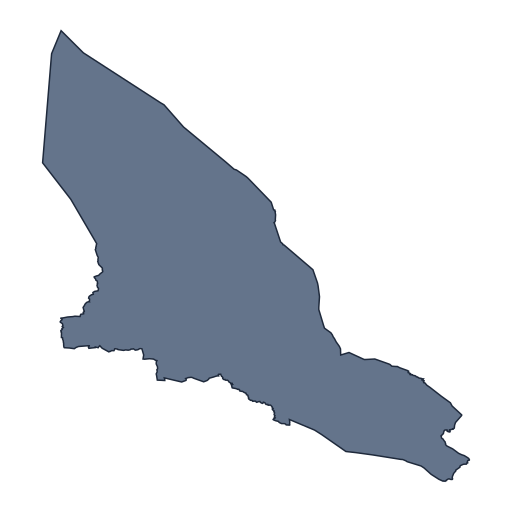 the district of Løten nor, Hedmark, Norway
{"feature_id": "86288312B76423456121539", "entity_name": "Løten nor", "entity_type": "district", "adm_level": 2, "iso_a3": "NOR", "parent_name": "Norway", "parent_adm1": "Hedmark", "projection": "equal_earth", "projection_center": [11.462, 60.865], "detail": "fine", "context": "isolated", "style": "filled", "palette": "slate", "viewbox_px": 512, "rotation_deg": 0, "n_neighbors": 0, "source": "geoboundaries", "source_scale": "gbopen_adm2", "svg_char_len": 5942}
<svg xmlns="http://www.w3.org/2000/svg" viewBox="0 0 512 512"><path d="M160.4,102.7L83.3,52.8L61.1,30.7L51.6,53.7L42.6,162.8L70.8,199.3L96.6,243.5L96.7,243.8L96.2,245.3L96.3,246.1L95.8,247.1L95.8,248.5L95.3,249.6L97.2,255.5L98.2,257.3L98.3,258.0L97.9,259.1L98.1,260.5L97.7,261.3L98.1,262.3L98.1,262.9L98.5,263.4L98.8,264.6L102.2,267.9L102.3,268.6L102.5,269.0L102.2,269.9L102.8,271.1L102.6,271.9L100.0,273.9L98.6,275.4L96.6,275.9L94.2,276.8L94.2,277.3L94.5,277.8L95.5,278.8L95.8,280.0L96.1,280.4L97.0,280.8L97.4,281.7L97.5,282.8L97.3,283.2L97.6,283.5L97.0,285.4L97.6,287.5L98.3,288.0L98.5,288.5L98.3,289.8L98.0,290.8L94.6,291.4L92.9,292.5L93.3,294.3L91.4,294.8L89.4,296.2L88.8,297.1L88.6,298.2L89.6,299.1L89.5,300.5L89.2,301.1L89.5,301.8L88.2,301.8L86.7,302.4L85.2,303.9L84.1,306.0L83.1,307.4L83.9,310.4L84.2,310.7L84.3,311.5L83.5,312.0L83.2,312.4L83.6,313.1L83.6,313.8L80.8,314.3L80.4,315.1L80.1,316.5L74.9,316.2L72.8,316.6L67.6,317.0L63.1,317.9L60.3,318.2L61.2,318.4L62.1,319.2L61.8,320.0L61.1,320.4L60.2,321.7L60.3,322.2L62.4,323.6L62.9,325.5L62.2,326.4L63.4,327.4L62.9,327.9L62.0,328.4L61.9,328.8L62.2,329.5L60.9,330.5L60.8,331.0L61.3,331.6L61.2,332.4L61.5,332.6L61.4,337.5L62.5,337.7L62.7,339.4L63.3,340.9L63.3,342.0L63.6,343.0L63.7,345.9L64.0,347.3L64.3,347.7L69.4,348.0L74.3,348.7L76.0,347.5L78.5,346.5L88.5,345.7L89.9,345.8L88.9,346.1L88.5,346.7L88.4,347.1L88.9,348.3L95.3,347.6L95.3,347.0L98.2,347.7L98.8,346.7L99.8,345.7L102.1,348.2L108.9,351.9L109.5,351.5L110.4,351.4L111.6,350.6L113.9,350.7L114.5,349.7L114.6,348.9L115.3,348.7L117.7,349.2L117.8,349.5L118.0,349.6L123.6,350.4L125.6,349.9L128.3,350.2L130.1,349.8L131.0,349.1L132.3,349.1L133.4,348.8L135.2,350.1L135.7,350.1L137.5,349.8L138.6,349.4L139.4,348.7L140.7,348.6L141.9,348.8L143.7,355.0L143.0,359.0L144.5,359.2L149.5,358.7L153.6,359.1L155.7,360.4L156.9,360.6L156.3,362.0L156.2,363.9L157.5,366.8L157.6,368.8L156.8,369.9L157.2,370.6L157.1,372.0L156.2,373.9L156.5,375.2L156.6,375.6L157.3,380.1L164.8,380.5L164.8,379.7L164.3,377.9L181.7,382.0L186.0,380.4L186.2,379.1L185.7,378.5L186.6,378.3L187.7,377.7L191.1,377.3L192.2,377.5L193.9,378.3L203.7,381.8L207.1,380.5L208.7,379.2L209.0,378.4L209.3,378.2L213.6,377.0L215.6,376.3L217.3,375.9L218.7,375.9L218.6,375.2L218.3,374.5L218.5,374.3L220.7,374.2L220.9,375.0L221.3,375.5L221.5,376.3L222.3,376.8L222.8,377.5L222.7,378.4L223.4,379.3L224.1,379.6L225.0,379.5L225.1,379.9L225.7,380.2L227.4,380.2L228.1,380.6L229.1,382.1L230.7,383.0L230.7,383.5L232.2,383.4L232.3,384.2L232.5,384.4L231.5,384.6L231.3,384.8L231.8,385.8L231.8,386.5L231.9,387.0L232.3,387.5L232.2,387.8L232.3,387.9L235.5,388.5L236.9,388.9L237.4,389.3L238.9,389.3L239.6,390.0L239.5,390.6L239.7,390.9L241.3,391.3L242.6,391.4L244.4,392.6L245.9,393.1L245.9,393.5L246.4,394.0L246.5,394.7L247.7,395.1L247.9,395.4L248.1,396.6L248.6,397.6L248.4,398.1L248.7,398.6L248.8,399.1L249.4,399.4L250.4,400.3L251.3,400.3L252.4,400.6L252.6,400.8L252.6,401.2L252.8,401.3L254.2,401.1L255.6,401.2L256.3,402.1L256.7,402.3L258.7,401.6L259.9,401.5L260.4,402.4L262.3,403.4L263.2,402.9L263.3,402.3L263.7,402.2L265.1,403.0L265.4,403.3L265.5,403.9L266.2,404.5L267.9,404.4L268.0,404.6L267.9,405.0L268.2,405.2L269.3,405.2L270.0,405.0L270.8,405.3L272.2,406.9L272.2,408.0L273.1,408.4L272.4,409.5L272.8,410.0L273.2,410.2L274.1,410.9L274.1,411.3L273.8,411.8L274.3,412.0L274.5,412.5L274.6,413.0L274.1,414.3L274.2,414.8L275.0,415.5L275.0,415.8L274.6,416.1L274.6,416.7L274.3,417.3L275.2,417.8L275.0,418.1L273.8,418.7L273.1,419.4L273.2,419.6L274.0,420.1L275.9,420.8L278.4,421.4L278.8,422.0L279.5,422.6L281.6,423.6L284.2,423.6L285.5,424.0L286.2,424.9L289.5,425.1L289.8,424.9L289.6,423.8L289.8,422.3L289.4,419.5L314.6,430.1L321.7,434.6L345.9,451.5L355.8,452.6L372.6,454.9L400.8,459.4L402.7,459.5L406.1,460.9L406.3,461.2L407.2,461.7L421.1,466.0L424.1,468.0L431.1,474.3L438.9,479.3L443.1,481.2L443.6,480.9L445.1,481.3L445.9,480.5L446.5,480.6L446.8,479.8L448.5,478.9L449.4,478.9L450.2,479.3L451.3,479.5L452.3,479.4L452.6,478.9L452.2,477.9L452.6,475.9L453.3,474.5L453.5,473.6L455.8,470.9L455.7,470.3L455.8,470.1L459.8,467.3L460.0,467.0L459.9,466.3L460.6,465.5L463.3,464.3L465.1,464.1L466.2,464.2L466.8,463.6L466.8,463.0L467.7,462.8L467.4,461.3L467.7,460.7L468.1,460.4L469.1,460.3L469.4,459.9L469.1,459.1L468.6,458.4L467.7,457.7L464.3,455.6L461.6,454.7L458.6,453.3L452.7,448.9L447.5,446.3L446.4,445.6L445.5,444.3L445.6,443.5L445.2,442.6L445.0,441.7L444.2,440.9L442.9,438.9L442.0,438.4L441.5,437.9L441.4,436.8L441.0,436.0L441.2,435.6L442.2,434.9L442.4,434.4L443.2,433.9L443.3,433.6L443.5,433.3L443.6,432.3L444.3,430.5L444.5,430.3L445.3,430.0L447.0,429.9L447.2,430.2L447.0,430.9L447.1,431.1L448.2,431.7L449.8,432.0L450.2,431.1L449.4,430.4L449.5,429.8L453.0,429.2L452.8,428.7L453.6,428.6L454.3,428.1L454.6,425.2L455.5,422.5L461.3,415.9L461.7,415.3L461.7,414.9L452.1,406.0L450.4,402.8L441.4,396.3L430.0,387.4L426.8,385.2L425.0,383.0L423.7,382.6L423.7,382.3L423.9,382.0L423.4,381.6L424.0,380.6L423.1,380.1L422.1,380.1L421.9,379.9L422.0,379.8L423.0,379.3L423.3,378.9L422.7,378.9L420.9,378.3L419.1,378.1L418.6,377.7L417.7,377.3L417.6,377.0L416.3,376.8L415.9,376.2L415.0,375.7L413.1,375.4L412.4,374.7L411.1,374.8L410.1,374.6L409.8,374.1L410.4,373.6L408.8,372.7L408.3,372.7L408.1,372.2L408.6,371.6L408.6,371.3L408.2,371.3L407.9,370.7L399.6,367.7L397.4,366.5L396.1,366.5L391.8,366.2L390.0,364.5L388.9,364.0L374.8,359.0L365.6,359.5L364.2,359.5L349.0,352.5L340.7,355.0L340.5,348.9L339.3,346.3L336.1,341.8L334.5,338.7L333.1,336.7L332.4,335.0L330.9,332.8L324.5,328.2L323.5,325.2L318.8,309.6L318.8,307.1L319.5,296.7L318.1,286.0L317.5,283.0L312.9,269.7L284.0,245.0L282.9,244.7L282.7,243.8L280.6,242.0L274.4,223.2L274.0,222.8L274.4,222.5L274.4,222.3L274.9,221.8L275.5,220.4L275.3,219.8L275.6,214.8L275.1,211.8L275.3,211.6L274.8,210.9L275.0,210.5L274.9,210.1L273.6,209.8L271.2,202.2L247.8,178.0L246.2,176.6L236.5,170.0L234.0,169.2L226.2,162.4L183.5,127.0L164.0,104.8L160.4,102.7Z" fill="#64748b" stroke="#1e293b" stroke-width="1.5"/></svg>